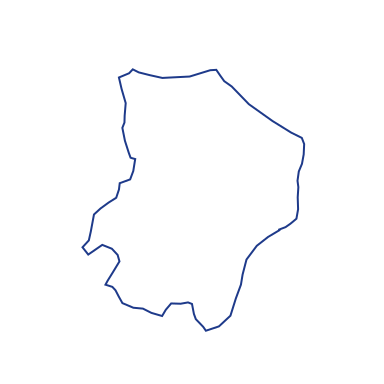 Falun, Dalarna, Sweden (orthographic projection), rotated 340°
{"feature_id": "70781695B54233926818688", "entity_name": "Falun", "entity_type": "district", "adm_level": 2, "iso_a3": "SWE", "parent_name": "Sweden", "parent_adm1": "Dalarna", "projection": "orthographic", "projection_center": [15.811, 60.776], "detail": "fine", "context": "isolated", "style": "outline", "palette": "blue", "viewbox_px": 384, "rotation_deg": 340, "n_neighbors": 0, "source": "geoboundaries", "source_scale": "gbopen_adm2", "svg_char_len": 1202}
<svg xmlns="http://www.w3.org/2000/svg" viewBox="0 0 384 384"><g transform="rotate(340 192 192)"><path d="M178.3,56.5L173.5,58.9L162.5,59.4L161.1,70.9L160.1,85.8L154.8,97.3L152.3,103.6L148.5,107.9L146.5,120.9L146.0,133.4L146.0,138.7L146.5,139.2L149.9,141.6L144.0,152.2L138.2,159.0L127.1,159.0L124.2,164.7L118.8,171.5L110.1,173.4L100.4,176.2L92.2,179.6L83.4,194.5L78.5,202.2L70.2,206.5L73.1,215.3L89.6,211.0L97.3,217.9L100.6,225.7L100.1,232.4L89.9,240.6L82.5,246.4L79.0,249.5L84.7,253.9L86.5,258.2L87.4,265.1L88.6,272.6L97.3,280.7L106.0,284.8L112.5,291.7L121.5,298.3L127.1,293.7L134.3,289.6L143.1,293.1L150.5,294.4L153.7,297.2L152.1,307.2L152.1,312.8L156.4,322.5L157.6,327.1L171.3,327.5L185.8,321.4L196.9,306.9L206.3,295.8L211.3,286.9L220.1,274.1L234.5,264.7L248.3,260.2L258.9,258.2L261.1,257.8L261.1,257.1L267.9,257.0L273.5,255.5L276.4,254.5L281.0,252.8L285.8,244.5L289.5,233.2L293.6,223.8L295.0,217.5L299.4,209.2L305.0,203.1L309.8,194.9L313.8,185.3L313.7,178.8L313.5,178.5L305.5,170.1L291.9,152.8L275.5,129.0L265.4,106.4L260.2,98.9L258.4,92.5L256.6,85.5L256.2,85.4L250.8,83.8L229.3,82.7L207.2,75.9L203.2,74.7L192.2,67.7L182.9,61.4L178.3,56.5Z" fill="none" stroke="#1e3a8a" stroke-width="2"/></g></svg>